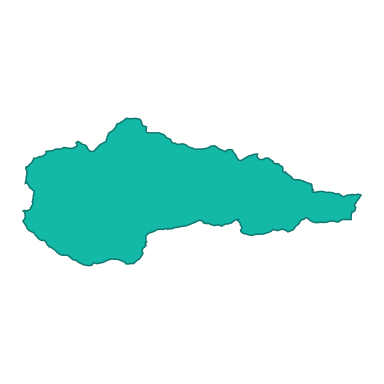 outline of Lesu, Bistrita-Nasaud, Romania
{"feature_id": "2599482B1126376608356", "entity_name": "Lesu", "entity_type": "district", "adm_level": 2, "iso_a3": "ROU", "parent_name": "Romania", "parent_adm1": "Bistrita-Nasaud", "projection": "robinson", "projection_center": [24.822, 47.307], "detail": "fine", "context": "isolated", "style": "filled", "palette": "teal", "viewbox_px": 384, "rotation_deg": 0, "n_neighbors": 0, "source": "geoboundaries", "source_scale": "gbopen_adm2", "svg_char_len": 5968}
<svg xmlns="http://www.w3.org/2000/svg" viewBox="0 0 384 384"><path d="M118.7,259.7L121.9,260.9L122.6,261.2L123.3,261.8L125.1,262.5L125.9,263.8L128.3,264.0L130.9,263.5L132.8,263.7L134.1,263.2L135.7,261.8L136.4,260.9L137.6,260.0L139.1,259.3L141.7,255.7L142.9,253.7L142.0,250.2L143.4,247.8L144.0,247.6L146.1,245.2L145.4,244.8L145.3,243.8L145.7,243.1L145.5,242.8L146.6,242.2L146.0,240.7L145.9,236.0L146.3,235.9L146.9,234.8L148.0,233.7L149.1,233.0L154.2,231.4L156.0,230.2L157.3,229.5L161.4,229.2L162.3,229.5L165.9,228.7L167.4,228.7L167.9,229.4L168.7,228.6L169.6,228.9L172.5,228.6L173.3,228.4L174.1,227.6L176.2,227.5L178.1,227.2L178.9,226.9L186.4,225.7L193.6,222.9L199.7,220.1L202.9,221.4L203.4,221.8L203.4,223.0L205.6,223.1L205.8,223.6L208.9,223.5L209.9,223.9L210.9,224.6L212.6,224.9L213.5,225.2L213.9,225.6L216.0,225.2L217.4,225.2L217.7,224.7L220.1,225.4L221.5,226.2L222.2,225.9L223.1,225.1L224.3,224.7L225.3,224.0L226.7,224.1L227.5,224.0L231.0,223.1L232.1,222.5L232.7,221.7L233.2,221.4L233.6,221.3L233.8,220.9L236.0,219.9L238.1,219.3L238.4,219.4L237.6,220.0L237.7,220.4L239.9,222.7L240.2,223.4L240.4,225.0L240.6,225.4L242.0,227.1L241.8,228.0L240.8,230.0L240.7,230.7L240.8,231.4L242.6,232.9L243.1,233.1L243.6,233.6L246.6,234.1L248.5,234.8L250.5,235.2L252.7,235.2L254.3,234.7L256.6,234.3L262.6,234.1L264.3,233.8L265.5,233.2L268.1,232.6L270.3,231.6L271.5,230.9L273.1,229.3L274.1,229.8L277.7,230.6L278.3,230.5L278.7,230.2L281.7,229.3L283.1,229.3L287.0,231.0L287.6,231.8L288.6,231.7L293.4,229.7L293.9,228.8L295.6,226.5L295.8,226.0L298.0,224.6L298.5,224.0L299.1,223.5L300.5,220.8L301.8,219.7L303.1,219.5L304.4,219.0L305.1,218.0L306.6,217.7L307.2,218.0L307.6,218.4L308.3,218.8L308.7,219.4L309.2,219.6L311.4,221.3L314.0,222.3L316.0,222.7L320.5,222.3L320.9,222.2L323.4,222.5L324.5,222.3L325.8,222.4L329.2,221.4L330.0,220.9L331.7,221.2L333.1,221.1L334.6,221.3L336.1,221.8L337.5,222.1L338.4,221.6L339.0,221.7L340.1,220.8L342.7,219.3L344.1,219.6L345.2,219.5L351.3,219.5L351.0,218.5L351.3,215.5L351.2,214.2L351.9,213.0L351.6,212.1L353.5,211.7L354.8,210.7L355.2,210.0L355.3,209.8L355.3,208.7L355.8,207.3L355.0,206.8L354.7,206.3L354.5,204.9L355.2,203.5L356.0,203.1L356.0,202.2L356.4,201.5L357.7,200.1L358.4,199.0L358.9,198.6L361.0,195.0L358.0,194.2L353.5,195.0L352.6,194.4L351.6,194.7L350.6,194.7L349.8,195.3L349.1,195.0L347.3,195.2L345.6,195.9L343.6,197.0L338.3,193.5L336.8,193.9L335.5,193.9L335.0,193.8L334.2,193.2L331.2,192.5L329.8,192.3L326.0,192.4L323.5,191.6L321.5,191.4L319.5,191.5L315.5,192.2L313.1,192.3L312.1,190.3L313.2,190.0L312.9,189.7L312.3,188.4L311.7,184.6L311.4,184.1L308.4,183.2L300.6,180.2L299.0,179.8L295.4,179.8L294.0,179.6L292.8,179.0L292.3,178.4L292.0,177.6L290.8,176.5L286.4,173.2L285.5,171.9L285.1,172.3L285.0,172.6L284.3,172.5L283.6,172.0L282.7,170.2L283.0,168.4L282.8,167.7L282.0,166.5L279.7,165.2L279.0,164.4L278.3,163.8L277.5,163.7L276.9,163.9L275.1,163.4L274.3,163.5L273.4,163.0L273.1,161.6L272.6,160.9L271.3,160.3L270.1,159.4L268.4,158.2L267.4,158.0L266.4,158.0L264.5,158.5L263.5,159.3L262.3,159.6L259.7,159.5L257.8,157.7L256.7,156.4L257.5,154.1L255.7,154.1L252.8,154.6L252.0,155.2L248.6,156.0L241.4,160.3L240.5,160.5L239.7,160.4L238.6,160.1L238.4,159.6L237.1,158.4L236.0,155.4L233.4,152.3L232.6,150.2L229.5,149.6L227.6,149.8L226.4,150.5L226.3,151.8L220.3,149.4L217.3,147.8L216.6,146.9L214.6,145.7L213.0,146.0L212.0,146.0L210.6,146.3L208.8,147.5L206.0,148.4L203.9,148.8L201.0,149.1L198.8,149.0L195.4,149.3L194.5,149.1L192.5,148.0L190.7,147.7L189.0,147.1L187.0,145.8L186.0,144.9L183.4,143.9L181.2,144.0L178.4,144.4L176.5,144.1L175.0,143.1L173.4,143.2L172.4,142.7L172.1,142.5L171.4,141.3L170.9,140.1L170.2,139.3L166.8,137.8L165.9,137.1L164.9,135.6L163.9,134.8L162.1,134.0L160.0,133.3L159.0,132.8L157.8,132.6L155.9,133.1L155.1,132.9L149.8,132.9L146.9,132.6L146.4,131.8L146.0,130.3L146.5,126.9L145.4,126.4L145.1,126.5L143.1,125.7L142.0,124.7L141.7,122.6L141.1,120.9L140.1,119.5L139.3,119.1L136.1,118.5L134.6,118.4L130.0,118.8L126.7,118.3L126.1,118.4L125.6,118.7L123.9,120.4L123.1,121.0L121.1,122.1L120.0,123.1L117.6,123.7L116.7,124.2L115.8,126.9L113.4,130.0L111.9,131.2L110.1,132.1L108.5,133.4L108.3,134.5L107.4,136.4L105.9,141.5L105.2,142.1L102.9,143.0L99.4,145.2L96.8,148.2L95.9,148.8L95.0,150.2L94.2,150.9L91.5,151.6L90.7,151.4L89.4,150.5L87.9,149.1L87.1,147.1L85.8,145.4L82.4,144.3L81.1,143.5L80.2,142.6L78.0,141.4L77.5,142.1L76.0,142.8L76.8,144.1L77.1,145.1L77.1,145.5L76.7,146.1L75.7,146.8L73.3,148.0L71.4,148.3L69.2,148.3L64.2,147.5L62.7,148.0L60.9,149.2L58.5,148.9L55.5,149.2L54.1,150.0L51.9,150.8L48.7,151.0L45.9,151.5L46.2,152.2L46.1,153.4L45.8,154.0L43.9,155.4L42.4,156.2L41.5,156.5L39.1,156.7L37.5,157.7L36.5,158.1L34.0,158.2L32.1,161.8L31.9,162.6L29.8,164.2L28.4,165.8L28.2,166.3L27.4,167.0L26.8,167.0L26.2,166.7L25.8,168.0L25.8,169.0L26.6,170.0L27.0,171.1L26.7,172.5L27.4,173.9L26.7,174.7L26.4,176.4L26.2,176.8L26.1,180.3L26.3,181.1L25.5,181.3L25.6,182.3L25.3,183.4L26.9,182.8L27.4,183.8L27.9,184.1L28.5,185.0L29.6,187.4L30.7,188.4L31.3,188.6L32.8,190.2L34.3,191.3L33.9,192.9L33.7,194.2L33.2,196.5L33.2,199.1L32.7,199.7L32.7,201.2L32.2,201.8L32.7,202.7L32.8,203.9L32.0,205.7L31.7,205.9L31.1,207.3L30.6,207.6L30.5,208.0L30.6,208.8L29.7,209.9L28.4,210.0L27.4,210.7L26.8,210.8L25.0,210.4L24.6,210.5L24.2,210.9L23.2,210.7L23.0,210.9L23.7,211.5L25.0,212.1L24.9,214.2L25.3,215.8L25.1,218.4L24.4,219.3L23.2,220.4L23.1,221.6L25.1,224.2L25.6,225.3L26.5,226.6L27.2,228.4L28.7,230.1L29.0,230.5L32.6,232.3L33.5,232.5L34.1,233.0L35.3,235.0L36.2,235.8L38.5,238.7L40.8,240.2L42.6,240.5L44.7,240.4L45.0,241.0L45.6,241.5L47.4,244.9L47.7,245.1L49.3,246.9L50.4,247.2L51.2,247.7L52.5,248.1L53.0,248.8L55.2,250.2L56.6,251.9L57.8,253.0L60.0,254.4L60.1,254.6L62.8,255.3L65.9,255.1L67.8,255.4L72.7,259.5L73.5,259.9L75.9,260.3L78.2,262.1L79.6,262.9L81.5,263.6L82.8,264.6L88.4,265.7L91.8,265.2L92.5,264.2L94.0,262.7L97.1,263.7L99.9,263.0L102.2,262.7L108.9,259.7L111.6,259.0L115.2,259.3L116.3,259.1L118.7,259.7Z" fill="#14b8a6" stroke="#0f766e" stroke-width="1.5"/></svg>